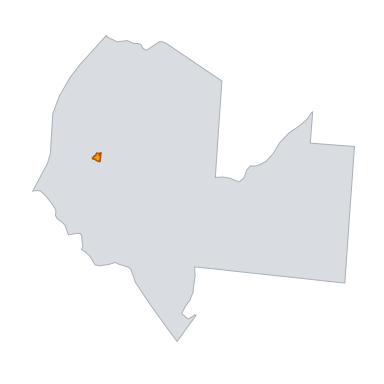 Villa Nueva, Guatemala (highlighted), rotated 94°
{"feature_id": "79465075B28171431447945", "entity_name": "Villa Nueva", "entity_type": "district", "adm_level": 2, "iso_a3": "GTM", "parent_name": "Guatemala", "parent_adm1": "", "projection": "mercator", "projection_center": [-90.605, 14.533], "detail": "fine", "context": "in_parent", "style": "filled", "palette": "amber", "viewbox_px": 384, "rotation_deg": 94, "n_neighbors": 0, "source": "geoboundaries", "source_scale": "gbopen_adm2", "svg_char_len": 2905}
<svg xmlns="http://www.w3.org/2000/svg" viewBox="0 0 384 384"><g transform="rotate(94 192 192)"><path d="M41.9,288.4L43.8,286.4L45.5,281.8L47.5,277.1L46.3,271.6L45.5,267.2L47.8,260.8L47.6,256.0L48.7,253.0L52.1,251.1L53.9,247.4L44.2,234.7L44.2,231.8L45.5,228.2L53.3,214.7L62.7,198.5L73.0,180.7L79.2,169.9L101.9,169.9L116.9,169.9L136.0,169.9L156.7,169.8L170.3,169.8L175.9,169.7L174.9,162.7L175.6,155.0L178.1,148.0L178.1,144.9L174.1,141.1L166.2,138.9L161.9,135.5L161.8,131.3L159.9,126.1L156.1,120.1L148.2,113.9L136.2,107.6L126.1,99.1L117.6,88.4L110.5,81.6L105.0,78.7L103.7,77.2L119.8,77.3L135.0,77.4L135.1,62.1L135.2,48.5L135.2,33.1L162.8,33.1L195.6,33.2L229.7,33.2L256.5,33.2L272.2,33.2L271.5,52.3L270.6,74.4L270.0,90.6L269.2,112.2L268.4,134.2L267.2,164.2L266.5,183.6L266.8,184.1L275.8,183.1L289.0,184.0L292.2,183.9L296.3,185.6L299.4,186.1L306.1,190.5L314.0,193.8L319.0,187.1L316.4,183.1L314.4,181.0L314.7,179.3L342.1,196.5L338.9,199.2L331.9,205.3L319.3,215.8L307.9,225.2L297.0,233.7L287.2,241.3L286.1,242.1L273.6,247.5L271.5,250.0L268.9,260.9L267.6,263.5L269.9,269.5L272.1,278.8L271.4,283.6L262.8,289.6L258.9,294.9L257.1,298.4L255.6,297.5L252.9,297.2L246.8,298.6L243.8,298.9L241.3,300.4L241.1,303.7L242.7,309.1L243.3,311.9L241.6,313.2L234.0,316.4L231.0,319.6L228.1,324.6L224.8,326.7L221.4,326.3L218.9,327.0L213.7,330.7L205.8,337.9L201.5,343.3L201.4,347.3L202.2,350.9L173.5,338.2L163.9,336.0L123.5,336.3L106.2,331.3L86.4,321.7L73.1,312.9L41.9,288.4Z" fill="#d9dde1" stroke="#a8b0b8" stroke-width="1"/><path d="M163.6,292.6L163.8,292.6L164.0,292.7L164.1,292.8L164.3,292.9L164.3,293.0L164.5,293.0L164.8,293.0L165.0,293.0L165.3,293.2L165.3,293.3L165.4,293.2L165.5,293.3L165.8,293.4L165.9,293.2L166.0,293.0L166.1,292.8L166.0,292.6L165.9,292.3L165.9,292.1L165.9,291.8L166.0,291.8L166.1,291.6L166.2,291.4L166.2,290.8L166.3,290.7L166.6,290.4L166.9,290.2L167.1,290.1L167.2,289.9L167.2,289.7L167.3,289.6L167.3,289.4L167.5,289.1L167.6,288.7L167.7,288.2L167.7,287.6L167.8,287.4L168.1,287.0L168.2,286.9L167.9,286.8L167.8,286.6L167.7,286.3L167.7,286.0L167.5,285.9L167.4,285.8L167.4,285.7L167.2,285.7L166.7,285.9L166.2,285.9L166.0,285.7L165.8,285.7L165.4,285.9L165.2,285.9L164.6,285.9L164.2,285.8L164.1,285.7L163.8,285.6L163.7,285.5L163.4,285.5L163.2,285.7L162.8,285.7L162.3,285.6L162.2,285.6L162.0,285.9L162.1,286.5L162.1,286.8L161.9,287.0L161.7,286.9L161.5,286.6L161.5,286.4L161.3,286.1L160.8,285.6L160.6,285.4L160.4,285.4L159.8,285.3L159.6,285.3L159.4,285.4L159.3,285.6L159.3,286.0L159.6,286.4L160.0,286.7L160.4,286.9L160.6,287.1L160.8,287.3L160.7,287.4L160.6,287.5L160.3,287.6L160.2,287.7L160.0,287.8L160.0,288.1L160.1,288.3L160.1,288.6L160.0,289.0L159.8,289.3L159.7,289.6L159.8,289.7L160.1,289.8L160.6,290.1L160.8,290.2L161.2,290.4L161.6,290.5L162.2,290.6L162.3,290.6L162.5,290.8L162.6,291.1L162.6,291.7L162.7,291.9L162.7,292.0L163.2,292.2L163.6,292.6Z" fill="#f59e0b" stroke="#b45309" stroke-width="1.5"/></g></svg>